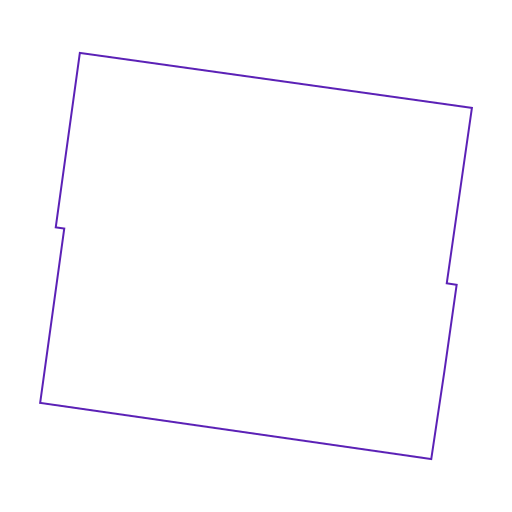 outline of Grant, Minnesota, United States of America, rotated 188°
{"feature_id": "52423323B67353277532056", "entity_name": "Grant", "entity_type": "district", "adm_level": 2, "iso_a3": "USA", "parent_name": "United States of America", "parent_adm1": "Minnesota", "projection": "natural_earth1", "projection_center": [-96.012, 45.934], "detail": "fine", "context": "isolated", "style": "outline", "palette": "violet", "viewbox_px": 512, "rotation_deg": 188, "n_neighbors": 0, "source": "geoboundaries", "source_scale": "gbopen_adm2", "svg_char_len": 279}
<svg xmlns="http://www.w3.org/2000/svg" viewBox="0 0 512 512"><g transform="rotate(188 256 256)"><path d="M458.7,432.6L458.3,256.5L449.7,256.5L449.3,80.5L54.2,79.3L53.4,167.4L53.3,255.4L63.3,255.5L62.8,432.7L458.7,432.6Z" fill="none" stroke="#5b21b6" stroke-width="2"/></g></svg>